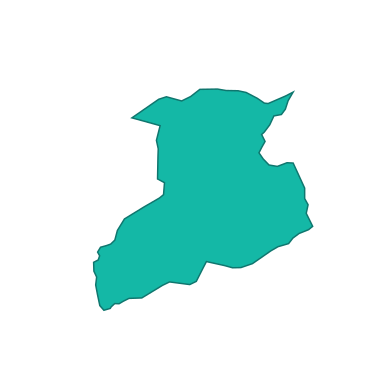 Mingala, Basse-Kotto, Central African Republic (orthographic projection), rotated 57°
{"feature_id": "33826404B71517620333215", "entity_name": "Mingala", "entity_type": "district", "adm_level": 2, "iso_a3": "CAF", "parent_name": "Central African Republic", "parent_adm1": "Basse-Kotto", "projection": "orthographic", "projection_center": [21.601, 5.165], "detail": "fine", "context": "isolated", "style": "filled", "palette": "teal", "viewbox_px": 384, "rotation_deg": 57, "n_neighbors": 0, "source": "geoboundaries", "source_scale": "gbopen_adm2", "svg_char_len": 1159}
<svg xmlns="http://www.w3.org/2000/svg" viewBox="0 0 384 384"><g transform="rotate(57 192 192)"><path d="M258.2,217.8L271.4,204.8L277.6,199.3L282.0,192.2L285.0,180.3L284.3,158.0L284.7,149.7L287.9,139.1L285.6,132.5L285.1,124.8L287.1,114.7L286.5,109.5L272.1,107.8L265.9,101.6L258.9,101.1L250.1,95.4L222.8,91.4L219.2,96.4L217.0,106.5L211.3,112.7L203.1,114.3L195.6,114.5L192.5,109.1L189.4,103.2L181.7,102.3L181.1,98.7L178.0,90.2L172.8,81.9L175.7,74.8L173.4,68.6L167.8,61.7L163.3,52.8L162.4,61.5L159.3,79.9L156.9,82.9L149.0,86.2L138.0,92.4L132.2,98.2L125.5,108.1L119.6,114.5L110.2,129.5L111.2,141.1L110.0,151.1L98.2,161.6L96.1,169.4L97.1,202.0L119.0,182.6L129.3,193.7L137.4,196.8L143.4,201.0L162.3,213.8L169.2,210.0L178.7,217.3L179.3,222.6L178.4,240.3L177.8,263.3L183.6,275.5L190.3,282.9L191.4,288.6L190.3,293.1L188.5,298.8L191.0,303.9L195.2,304.2L197.9,307.7L197.4,312.8L205.0,317.4L211.4,318.3L217.5,323.4L226.5,327.1L237.1,331.2L243.2,330.3L245.1,324.0L244.3,322.3L243.5,317.6L246.0,314.0L246.2,309.1L246.9,302.8L253.5,291.8L254.2,267.6L255.2,259.8L268.4,244.3L269.3,237.1L261.7,224.0L258.2,217.8Z" fill="#14b8a6" stroke="#0f766e" stroke-width="1.5"/></g></svg>